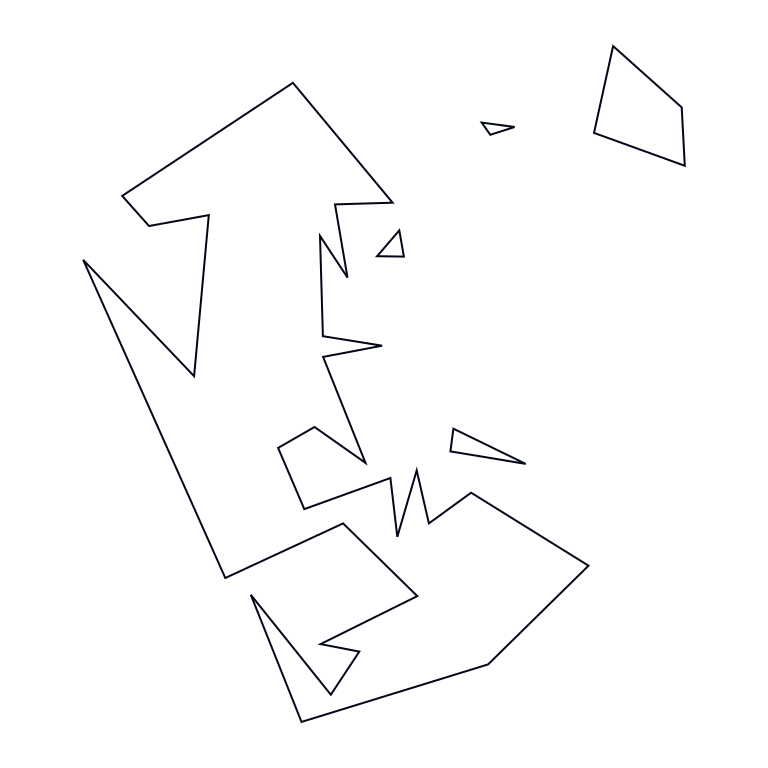 the Unitary Authority of Auckland
{"feature_id": "NZL-3398", "entity_name": "Auckland", "entity_type": "Unitary Authority", "adm_level": 1, "iso_a3": "NZL", "parent_name": "New Zealand", "parent_adm1": "", "projection": "orthographic", "projection_center": [174.852, -36.678], "detail": "coarse", "context": "isolated", "style": "outline", "palette": "ink", "viewbox_px": 768, "rotation_deg": 0, "n_neighbors": 0, "source": "natural_earth", "source_scale": "10m", "svg_char_len": 728}
<svg xmlns="http://www.w3.org/2000/svg" viewBox="0 0 768 768"><path d="M301.5,721.9L250.8,594.8L330.8,694.7L359.3,651.6L320.5,644.1L417.3,596.1L343.1,523.4L225.3,578.0L83.2,259.9L194.1,376.2L208.8,215.1L149.0,226.0L122.2,195.9L292.9,82.8L392.6,202.7L335.0,204.4L347.5,277.6L320.0,235.9L322.9,336.2L382.1,345.7L323.1,356.9L365.5,462.9L314.5,427.0L278.1,447.9L304.3,509.1L390.4,478.0L397.3,536.8L416.7,470.4L428.9,523.4L471.1,492.7L588.5,565.7L488.1,664.4L301.5,721.9ZM684.8,165.8L594.0,132.9L613.1,46.1L681.7,107.4L684.8,165.8ZM453.4,428.7L525.7,463.9L450.4,451.4L453.4,428.7ZM377.1,256.2L399.3,230.4L403.9,256.6L377.1,256.2ZM481.7,122.6L514.6,127.0L490.3,134.8L481.7,122.6Z" fill="none" stroke="#020617" stroke-width="2"/></svg>